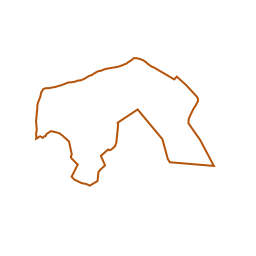 the district of Obanliku, Cross River, Nigeria, rotated 292°
{"feature_id": "59680162B73921161942586", "entity_name": "Obanliku", "entity_type": "district", "adm_level": 2, "iso_a3": "NGA", "parent_name": "Nigeria", "parent_adm1": "Cross River", "projection": "mercator", "projection_center": [9.31, 6.471], "detail": "fine", "context": "isolated", "style": "outline", "palette": "amber", "viewbox_px": 256, "rotation_deg": 292, "n_neighbors": 0, "source": "geoboundaries", "source_scale": "gbopen_adm2", "svg_char_len": 1748}
<svg xmlns="http://www.w3.org/2000/svg" viewBox="0 0 256 256"><g transform="rotate(292 128 128)"><path d="M88.8,44.7L85.4,46.4L83.7,46.8L84.9,47.8L87.0,49.2L87.4,50.2L86.9,52.6L88.3,53.2L89.1,53.7L89.4,54.5L91.9,54.7L96.1,57.6L96.9,61.5L97.4,66.3L96.5,69.9L95.6,72.3L94.2,76.2L93.2,78.5L82.6,85.7L79.9,85.8L78.9,86.6L75.7,93.8L75.4,95.1L61.7,94.0L60.1,97.5L59.5,105.6L60.4,109.8L60.4,111.5L60.4,112.3L60.2,114.1L67.4,119.6L76.3,117.1L79.5,118.2L84.7,120.7L84.8,120.7L92.0,113.3L100.6,117.6L100.4,119.1L102.0,120.7L106.4,122.8L109.9,122.7L123.5,118.8L128.0,117.3L129.0,116.4L148.8,130.0L130.5,164.1L114.2,176.5L111.9,179.6L125.0,221.8L132.1,213.4L143.9,199.4L154.1,183.7L155.2,182.2L159.1,180.9L161.6,180.9L171.4,181.6L173.4,182.2L178.0,182.7L180.3,182.5L181.8,181.5L182.9,180.0L187.9,169.3L189.5,166.0L193.9,154.0L190.4,152.7L193.3,132.8L193.4,132.6L193.8,129.7L193.8,127.0L195.1,121.5L195.6,120.5L196.0,118.9L196.4,117.2L196.5,115.5L196.5,112.9L196.1,111.6L196.1,110.3L195.7,109.0L195.2,107.7L194.4,106.8L193.1,106.4L191.9,105.5L190.6,104.7L189.2,103.6L188.9,103.4L187.2,102.5L186.2,101.4L184.3,99.5L183.0,98.1L180.9,95.6L179.2,93.0L178.0,90.8L177.1,89.5L176.3,88.2L175.0,86.1L174.6,85.4L173.8,84.4L172.5,83.1L170.8,81.3L169.6,79.2L167.5,77.4L165.8,76.1L163.7,74.8L162.0,72.7L160.3,71.4L158.6,70.1L156.9,68.8L154.4,66.2L154.0,65.4L153.1,63.6L151.0,61.4L149.4,58.8L147.7,55.4L144.3,51.9L143.2,50.7L141.0,48.0L138.4,44.6L137.2,42.6L136.8,42.0L135.1,39.4L134.3,37.2L133.0,35.5L131.7,34.6L130.0,34.6L128.3,34.2L126.6,34.5L126.2,34.6L124.1,35.0L120.7,35.0L119.0,35.0L115.2,35.4L112.2,36.6L108.8,37.5L108.3,37.7L105.0,38.7L100.3,40.0L97.7,41.3L95.5,42.4L94.3,43.0L92.2,44.1L91.8,44.2L88.8,44.7Z" fill="none" stroke="#b45309" stroke-width="2"/></g></svg>